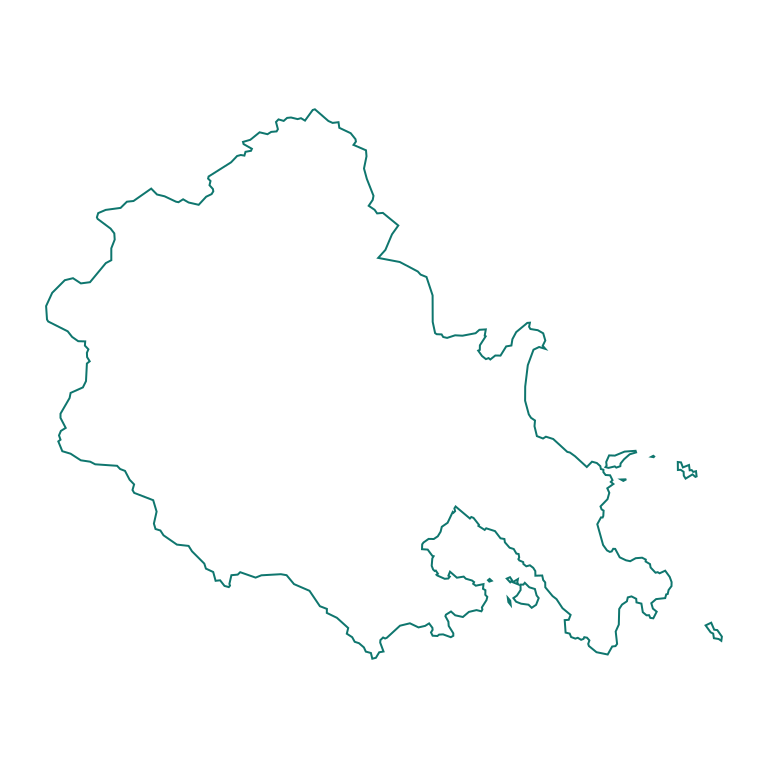 outline of Ninh Hoa, Khánh Hòa, Vietnam
{"feature_id": "81297802B58839501230111", "entity_name": "Ninh Hoa", "entity_type": "district", "adm_level": 2, "iso_a3": "VNM", "parent_name": "Vietnam", "parent_adm1": "Khánh Hòa", "projection": "albers", "projection_center": [109.187, 12.544], "detail": "fine", "context": "isolated", "style": "outline", "palette": "teal", "viewbox_px": 768, "rotation_deg": 0, "n_neighbors": 0, "source": "geoboundaries", "source_scale": "gbopen_adm2", "svg_char_len": 6100}
<svg xmlns="http://www.w3.org/2000/svg" viewBox="0 0 768 768"><path d="M372.3,658.7L375.9,657.8L379.2,652.3L383.5,651.5L380.2,642.6L380.4,640.1L383.1,637.5L385.1,638.5L386.8,637.8L400.0,625.7L409.9,623.3L418.5,627.4L425.1,625.9L429.1,623.4L432.4,627.8L432.6,629.9L431.0,632.4L432.6,635.7L437.4,636.0L439.1,634.6L443.1,634.4L450.8,637.2L453.3,635.8L453.3,633.3L448.7,625.9L448.4,621.7L445.4,616.2L445.9,614.7L451.0,611.5L455.2,615.3L462.9,617.0L468.9,611.9L476.5,610.1L481.4,611.3L482.4,609.5L481.9,607.4L486.5,600.1L487.3,596.9L485.3,594.8L485.4,590.2L483.0,588.8L483.5,584.1L475.8,585.7L473.2,583.8L474.1,582.1L472.0,580.5L465.8,578.7L463.7,576.6L456.9,577.7L450.0,571.7L448.4,575.7L449.8,576.6L448.3,578.5L444.7,578.8L437.3,575.5L436.5,574.8L437.9,573.7L435.8,570.6L434.7,571.0L433.1,569.5L431.7,565.8L432.3,558.4L433.6,556.2L432.3,555.8L427.7,549.6L422.0,549.2L422.2,544.3L423.5,542.5L428.6,538.9L433.8,539.0L437.8,536.3L440.6,531.7L441.8,526.8L447.6,522.8L452.7,512.0L453.4,512.8L455.1,511.2L454.4,508.4L455.6,506.5L469.9,518.5L471.3,517.0L473.5,517.9L479.0,524.9L478.4,525.9L484.7,529.9L486.2,528.3L495.0,531.1L500.5,538.3L504.4,539.0L504.9,542.3L509.6,547.7L513.7,549.0L516.4,553.6L518.6,554.0L519.2,557.4L518.4,559.1L519.3,560.4L523.2,562.1L523.4,564.0L526.3,566.3L529.9,565.3L533.2,567.8L535.3,571.1L535.4,575.7L542.2,575.5L543.2,580.0L545.2,582.4L545.3,587.3L552.6,596.1L556.5,599.1L562.5,608.2L570.6,614.9L568.7,619.8L564.7,620.1L565.6,632.6L569.7,633.6L571.1,637.0L575.3,638.6L577.8,637.8L581.1,639.8L583.5,638.9L584.3,637.2L587.0,637.7L589.4,640.4L588.2,643.9L588.9,646.0L596.5,652.2L607.7,654.5L612.2,646.5L615.5,646.1L617.1,643.9L615.7,631.5L618.8,624.6L619.2,609.0L622.0,604.6L626.9,601.3L627.8,597.4L631.5,596.4L636.2,598.8L636.5,602.4L641.4,603.6L642.8,612.2L646.5,615.3L649.1,615.2L650.3,617.9L653.3,618.3L656.7,611.7L652.9,608.6L651.3,603.2L656.1,599.1L665.2,598.1L666.2,594.4L667.7,594.0L668.6,590.0L671.5,586.1L671.6,582.1L669.7,576.9L665.2,570.7L659.6,573.3L657.7,572.2L655.5,572.7L650.6,567.5L650.0,564.1L645.6,561.5L645.8,559.6L642.1,557.7L635.7,558.2L630.2,561.2L626.0,560.3L619.7,557.3L615.2,548.9L613.2,548.8L611.7,551.4L609.8,551.9L607.0,550.4L603.1,545.0L597.3,524.2L601.0,517.4L602.6,517.5L603.3,516.0L603.6,510.6L601.6,509.4L600.5,506.4L607.5,499.2L609.3,492.8L607.3,488.3L613.4,484.0L610.8,481.9L612.5,480.2L610.1,475.3L605.6,475.0L603.4,472.2L603.4,469.7L600.9,469.0L600.3,466.1L596.8,463.0L592.0,461.7L586.8,467.0L575.0,456.2L569.9,452.5L567.3,451.9L553.2,439.0L545.9,436.7L543.0,438.5L536.9,436.1L534.5,426.2L535.0,420.5L531.0,417.8L528.8,414.4L525.1,400.7L525.2,386.6L527.8,365.2L533.5,349.7L539.1,347.0L545.4,348.9L542.7,345.8L545.3,340.5L543.2,333.3L537.8,330.2L530.4,329.0L529.1,326.8L529.9,322.7L527.3,322.9L516.2,332.1L512.4,339.2L511.4,345.5L506.2,346.4L500.5,355.6L495.3,355.5L490.3,359.5L488.6,358.1L485.9,359.1L482.0,356.0L478.2,350.6L479.8,349.9L479.9,345.3L485.7,336.3L484.7,335.7L485.8,329.4L479.4,329.8L475.6,333.2L462.5,335.7L455.1,335.3L447.1,337.9L443.2,337.0L441.6,334.4L436.7,334.2L435.1,333.1L432.7,321.9L432.6,295.4L426.5,277.0L420.6,274.6L417.8,271.5L399.8,262.0L378.2,257.9L385.4,249.9L392.0,234.3L398.3,225.5L382.9,212.9L377.1,213.4L374.6,209.8L368.7,205.8L372.7,199.9L373.5,195.8L366.8,178.8L364.0,168.5L366.5,156.3L366.0,150.3L353.5,144.9L355.9,141.6L355.5,139.2L350.7,133.2L339.3,127.8L338.5,122.2L332.6,122.9L328.4,121.0L314.9,109.3L312.7,110.0L305.0,120.6L301.0,118.2L297.6,119.1L291.0,117.5L287.1,117.9L283.7,120.9L278.5,119.4L276.0,122.0L277.9,129.2L276.6,131.4L271.2,131.9L267.5,134.2L259.6,132.3L250.3,139.8L243.0,141.9L243.6,144.1L251.9,148.8L251.0,150.8L245.5,151.8L244.4,155.6L240.8,155.0L237.1,156.0L231.1,162.3L208.6,176.5L208.1,178.6L210.5,181.0L209.5,185.2L212.9,189.0L213.3,191.3L211.6,194.1L206.2,196.7L198.7,204.8L188.6,202.5L183.1,199.3L178.5,202.2L176.0,201.7L164.6,196.3L157.0,194.5L151.2,188.6L133.5,201.0L126.9,201.7L120.6,207.9L105.7,209.9L98.2,213.1L96.9,217.3L97.6,218.9L110.6,228.6L114.3,233.4L114.7,239.6L111.3,248.3L111.3,260.2L105.8,263.1L90.0,282.2L80.9,283.4L73.0,278.2L64.8,280.2L52.2,292.8L46.1,306.1L47.0,319.5L48.2,321.5L67.7,331.3L72.1,336.9L78.2,341.2L85.2,341.4L84.9,345.6L88.4,349.3L86.9,352.8L87.1,357.1L89.7,361.3L86.9,363.5L86.0,381.1L82.9,387.4L70.6,392.9L69.6,398.0L60.5,413.7L60.5,417.9L65.7,427.9L60.9,430.9L59.0,435.4L60.5,439.7L58.3,441.4L62.3,451.2L70.6,453.7L80.8,460.3L90.2,461.7L95.2,464.3L117.1,465.8L120.1,469.0L125.0,470.9L129.6,479.7L134.1,484.4L132.5,490.0L134.2,492.9L153.2,500.2L156.6,511.6L153.9,523.6L155.5,529.0L160.4,530.5L163.5,535.3L176.9,544.6L188.6,545.9L192.0,551.3L204.3,563.6L205.9,568.6L213.2,572.0L215.6,580.8L220.1,580.3L224.5,585.9L228.8,587.1L230.0,585.6L229.4,583.9L231.4,575.2L237.7,574.6L240.2,572.2L255.6,577.6L261.4,575.3L280.9,574.2L286.6,575.2L294.0,584.1L309.5,590.8L319.9,606.2L326.9,608.9L326.8,612.9L336.9,617.8L348.2,628.0L346.8,633.7L352.2,637.2L354.7,641.8L359.0,643.2L363.9,647.4L365.8,651.6L370.9,653.0L372.3,658.7ZM529.3,587.3L524.8,582.8L523.4,584.6L520.5,584.6L520.6,590.0L516.9,595.6L513.4,598.1L516.1,601.7L521.1,603.7L528.5,604.7L531.7,607.8L536.1,604.8L538.7,598.1L536.6,595.4L534.9,589.0L529.3,587.3ZM635.6,450.8L624.6,451.6L614.9,455.6L609.1,455.4L606.2,462.0L606.6,465.5L605.5,467.1L608.5,467.9L614.8,466.4L616.3,467.6L620.3,466.2L620.6,463.5L624.0,459.3L629.7,454.3L636.1,452.4L635.6,450.8ZM682.9,467.4L681.0,462.4L677.8,462.0L677.9,470.0L680.7,469.8L683.6,471.8L683.8,475.7L685.6,478.6L692.5,474.4L695.4,476.9L696.6,476.4L696.0,471.2L693.2,471.9L691.7,470.1L689.7,470.3L689.0,465.0L682.9,467.4ZM714.2,629.7L711.2,622.7L705.6,625.4L710.6,632.3L713.2,633.6L713.9,638.2L718.7,639.0L721.3,640.8L721.9,636.6L717.3,630.1L714.2,629.7ZM510.0,577.2L506.8,578.6L510.2,582.3L512.1,580.3L510.0,577.2ZM517.3,582.3L517.9,579.1L512.7,582.2L518.2,584.4L517.3,582.3ZM510.7,605.0L510.2,600.6L507.8,597.8L508.4,602.1L510.7,605.0ZM491.7,580.8L489.6,578.9L488.0,580.2L489.3,581.6L491.7,580.8ZM623.3,480.9L626.3,479.3L620.9,479.5L623.3,480.9ZM654.2,456.5L653.3,455.8L651.4,456.8L653.6,457.2L654.2,456.5Z" fill="none" stroke="#0f766e" stroke-width="2"/></svg>